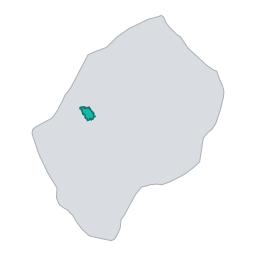 Manonyane, Maseru, Lesotho shown in context
{"feature_id": "5366337B83171462701560", "entity_name": "Manonyane", "entity_type": "district", "adm_level": 2, "iso_a3": "LSO", "parent_name": "Lesotho", "parent_adm1": "Maseru", "projection": "equal_earth", "projection_center": [27.717, -29.478], "detail": "fine", "context": "in_parent", "style": "filled", "palette": "teal", "viewbox_px": 256, "rotation_deg": 0, "n_neighbors": 0, "source": "geoboundaries", "source_scale": "gbopen_adm2", "svg_char_len": 3964}
<svg xmlns="http://www.w3.org/2000/svg" viewBox="0 0 256 256"><path d="M170.0,181.8L162.6,184.5L161.6,184.7L156.9,184.1L150.6,184.7L145.6,186.2L141.8,186.8L135.5,194.5L124.1,215.4L121.0,219.7L120.2,227.9L117.5,234.4L114.3,239.4L111.1,240.6L101.6,238.6L89.5,236.0L82.5,229.8L76.2,221.5L72.8,215.5L69.4,212.2L68.2,210.4L63.2,207.6L61.4,206.1L59.7,205.1L57.7,201.1L56.5,197.7L57.0,188.0L53.5,182.2L47.5,172.4L43.7,164.3L38.5,153.3L35.4,143.8L32.1,134.0L32.5,129.8L35.6,126.9L44.8,122.0L51.9,118.2L57.0,111.2L62.6,100.7L65.3,94.5L68.0,91.6L71.0,87.2L76.2,77.4L81.9,66.4L88.1,54.7L95.9,51.3L106.5,47.4L116.8,37.1L129.0,28.5L148.7,19.1L157.9,16.7L161.4,15.4L163.6,17.1L165.9,22.5L169.2,27.0L177.0,34.8L180.3,36.7L188.2,48.3L196.8,56.2L206.6,65.3L213.3,69.9L216.7,71.1L219.5,79.2L222.3,85.2L223.9,90.9L223.6,96.3L220.4,109.7L215.8,123.4L212.1,129.1L207.7,132.7L203.3,138.0L201.6,149.0L199.6,161.9L193.9,167.2L189.5,170.6L183.4,174.9L170.0,181.8Z" fill="#d9dde1" stroke="#a8b0b8" stroke-width="1"/><path d="M87.5,120.4L87.9,120.3L88.0,120.2L88.3,120.2L88.5,120.1L88.8,120.2L89.0,120.0L89.2,119.9L89.3,119.8L89.4,119.7L89.5,119.5L89.5,119.4L89.6,119.2L89.7,118.9L89.8,118.8L89.9,118.7L90.0,118.5L90.2,118.4L90.2,118.5L90.4,118.5L90.5,118.6L90.5,118.8L90.5,118.7L90.5,118.8L90.5,119.0L90.6,119.5L90.8,119.7L90.8,119.8L90.9,120.0L90.9,119.9L91.1,119.9L91.1,119.7L91.3,119.5L91.4,119.4L91.4,119.2L91.5,119.2L91.5,118.9L91.8,118.8L92.0,118.9L92.0,119.0L92.1,118.9L92.3,119.0L92.4,118.9L92.5,118.9L92.6,119.0L92.8,119.1L92.9,118.9L93.0,118.7L93.2,118.4L93.3,118.3L93.3,118.2L93.4,117.9L93.4,117.7L93.5,117.5L93.6,117.4L93.7,117.2L93.9,117.0L94.1,116.8L94.3,116.7L94.6,116.8L94.8,116.7L95.0,116.6L95.1,116.4L94.8,116.3L94.7,116.3L94.5,116.2L94.3,116.1L94.2,116.0L94.0,115.9L93.9,115.8L93.8,115.6L93.7,115.5L93.7,115.4L93.7,115.2L93.8,115.1L93.8,114.9L93.8,114.7L93.8,114.4L93.8,114.2L93.9,113.9L93.7,113.8L93.6,113.7L93.5,113.8L93.4,113.6L93.2,113.6L93.3,113.4L93.4,113.0L93.4,112.8L93.5,112.7L93.4,112.4L93.1,112.2L92.9,112.2L92.6,112.0L92.4,112.0L92.2,111.8L92.0,111.7L91.8,111.4L91.7,111.4L91.7,111.0L91.6,110.8L91.5,110.7L91.4,110.6L91.1,110.5L90.9,110.2L90.7,110.1L90.5,109.9L90.5,109.7L90.4,109.6L90.4,109.4L90.4,109.2L90.3,108.9L90.2,108.8L90.2,108.7L90.0,108.4L89.9,108.4L89.7,108.2L89.5,108.3L89.4,108.3L89.2,108.3L89.2,108.1L89.2,107.9L89.0,108.0L88.9,108.0L88.7,108.0L88.6,107.9L88.4,107.8L88.3,107.7L88.4,107.4L88.2,107.5L87.9,107.5L87.7,107.7L87.3,107.7L87.2,107.7L87.2,107.8L86.9,107.9L86.8,108.0L86.7,107.9L86.5,108.1L86.4,108.2L86.2,108.2L86.1,108.3L86.0,108.5L85.9,108.5L85.8,108.4L85.8,108.2L85.7,108.1L85.3,108.0L85.2,108.2L84.8,108.2L84.7,108.1L84.4,108.1L84.2,108.1L84.1,107.9L84.3,107.9L84.5,107.9L84.8,107.8L85.2,107.8L85.1,107.6L85.2,107.4L85.4,107.3L85.4,107.2L85.2,107.2L84.9,107.2L84.8,107.3L84.7,107.2L84.4,107.2L84.3,107.3L84.2,107.2L84.1,107.3L84.1,107.2L83.9,107.1L83.7,107.0L83.6,106.9L83.3,107.0L83.1,106.9L82.9,107.0L82.7,107.1L82.4,107.0L82.2,107.0L81.9,107.1L81.7,107.1L81.4,107.1L81.2,107.0L80.9,107.2L80.9,107.3L80.8,107.5L80.7,107.4L80.5,107.5L80.4,107.6L80.2,107.7L80.1,107.8L79.9,108.0L79.9,108.3L79.9,108.5L80.0,108.5L80.3,108.5L80.5,108.5L80.5,108.4L80.6,108.5L80.8,108.6L81.0,108.8L81.1,109.0L81.1,109.3L81.2,109.5L81.3,109.5L81.2,109.6L81.3,109.7L81.4,109.8L81.6,109.9L81.6,110.0L81.6,110.3L81.8,110.5L82.0,110.7L82.1,110.8L82.1,111.2L82.0,111.3L82.1,111.5L82.2,111.8L82.3,112.0L82.5,112.3L82.6,112.5L82.6,112.8L82.7,113.0L82.6,113.3L82.8,113.6L82.8,113.8L82.8,114.0L83.0,114.1L83.1,114.3L83.2,114.5L83.3,114.6L83.5,114.7L83.8,114.6L84.0,114.5L84.1,114.3L84.3,114.4L84.6,114.5L84.8,114.7L85.0,115.1L85.1,115.7L85.1,116.5L85.0,116.9L85.0,117.1L85.2,117.4L85.3,117.4L85.3,117.5L85.5,117.5L85.5,117.8L85.6,118.0L85.8,118.2L85.8,118.3L86.0,118.3L86.3,118.4L86.5,118.6L86.7,118.8L86.9,118.9L86.9,119.0L87.0,119.1L87.2,119.3L87.2,119.5L87.3,119.6L87.4,119.9L87.5,120.0L87.5,120.4Z" fill="#14b8a6" stroke="#0f766e" stroke-width="1.5"/></svg>